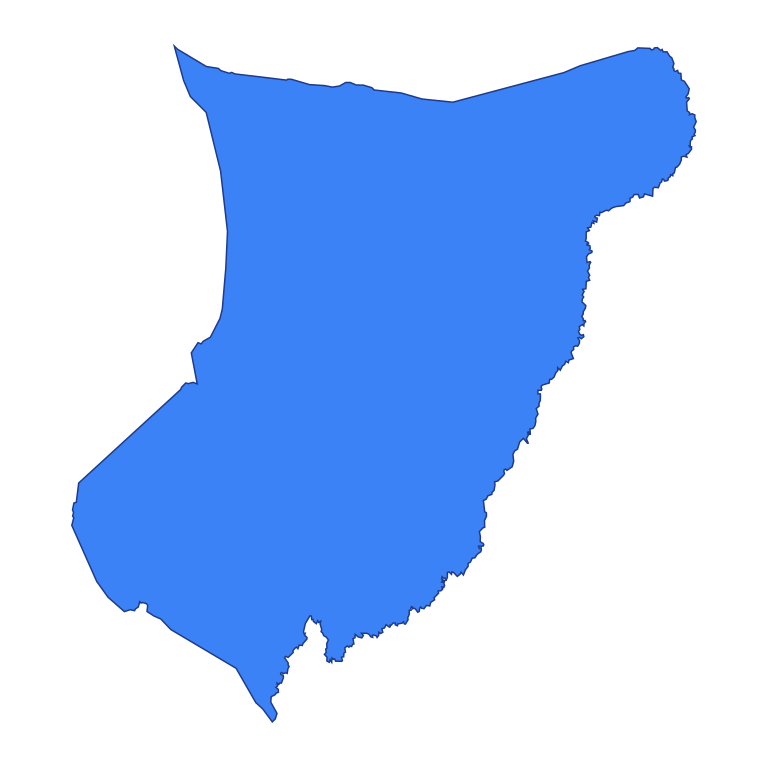 the district of Sam Sung, Khon Kaen, Thailand
{"feature_id": "78962969B89494926735962", "entity_name": "Sam Sung", "entity_type": "district", "adm_level": 2, "iso_a3": "THA", "parent_name": "Thailand", "parent_adm1": "Khon Kaen", "projection": "equal_earth", "projection_center": [103.084, 16.556], "detail": "fine", "context": "isolated", "style": "filled", "palette": "blue", "viewbox_px": 768, "rotation_deg": 0, "n_neighbors": 0, "source": "geoboundaries", "source_scale": "gbopen_adm2", "svg_char_len": 6066}
<svg xmlns="http://www.w3.org/2000/svg" viewBox="0 0 768 768"><path d="M477.2,554.3L480.8,551.7L481.4,549.8L481.1,547.7L479.4,548.5L478.5,546.2L483.1,546.1L483.8,544.9L483.2,543.5L480.2,541.7L480.4,536.8L479.4,531.6L483.0,527.8L484.7,527.3L484.5,520.6L486.5,516.2L486.4,512.9L484.7,511.7L483.4,500.5L486.1,499.3L488.0,495.7L491.8,494.4L492.0,492.5L494.1,490.3L495.0,484.8L494.6,481.8L497.9,481.0L503.8,475.0L504.5,473.4L503.8,471.1L504.4,469.5L505.8,469.1L506.9,470.4L512.2,466.8L513.7,461.2L512.9,454.6L514.5,451.1L517.5,449.1L519.7,441.9L523.4,438.4L527.4,443.2L528.2,443.1L526.4,438.7L528.2,435.3L527.7,432.2L528.7,431.9L529.6,434.4L530.3,434.3L530.0,429.0L533.0,428.4L534.9,425.7L535.8,421.7L535.7,418.0L538.0,414.1L536.2,408.6L539.1,406.1L539.0,403.2L540.3,400.5L540.5,394.8L540.2,393.8L537.9,393.8L537.9,390.3L541.3,390.3L541.8,389.2L541.1,386.5L542.5,385.0L549.2,383.0L549.7,379.3L551.6,379.3L554.0,377.2L555.8,372.8L557.8,370.6L557.7,367.7L560.3,370.2L562.4,365.9L564.6,364.4L565.8,361.3L568.3,362.7L569.0,360.0L573.4,358.6L571.1,352.6L571.6,351.1L573.7,349.5L573.5,347.0L575.6,345.8L577.6,346.2L579.3,343.5L579.6,340.8L577.9,337.9L579.5,337.4L581.2,338.8L583.8,336.7L583.4,334.7L581.5,335.3L579.6,334.0L578.5,331.2L579.8,329.6L579.3,326.6L582.4,324.6L583.8,325.9L584.1,323.1L585.6,321.7L585.1,320.5L583.3,320.7L583.2,318.6L581.8,316.5L583.2,314.1L583.3,311.7L585.4,308.2L585.8,305.5L582.0,301.9L582.3,299.1L583.7,297.0L582.2,295.1L584.1,291.5L582.6,289.3L585.9,288.8L586.3,281.3L589.7,280.3L588.4,277.3L589.7,275.3L587.5,271.0L589.4,268.2L589.2,265.0L590.7,262.3L590.0,261.6L587.0,262.5L586.5,256.8L588.4,254.0L591.8,252.5L592.1,251.1L589.3,249.8L590.2,248.3L589.9,245.8L586.9,245.0L587.0,244.1L588.6,243.7L588.4,242.6L585.4,241.0L586.2,238.4L586.2,231.9L589.4,230.6L587.6,227.8L590.9,227.1L591.8,222.7L593.9,223.4L593.2,220.8L596.6,222.1L597.4,218.2L595.0,217.5L594.8,216.4L596.6,215.2L599.4,215.6L600.0,212.2L601.4,212.6L606.3,210.2L608.6,210.8L611.7,208.1L615.8,206.6L623.7,205.6L625.9,203.0L630.0,201.6L630.0,198.3L632.8,197.0L634.1,194.5L638.2,194.5L639.5,198.0L643.4,196.9L644.5,193.9L652.6,196.2L653.0,188.5L654.3,187.3L658.4,187.7L660.0,183.1L661.6,181.9L662.3,179.0L663.7,179.4L664.4,181.1L666.9,180.7L668.1,180.0L668.2,178.0L670.2,176.7L670.6,174.6L672.8,175.7L672.9,173.7L674.3,172.9L675.5,167.4L677.0,167.1L679.6,164.2L681.3,160.1L681.3,157.0L683.8,156.2L686.9,157.1L686.1,154.6L688.2,153.5L691.5,149.3L691.5,146.8L689.7,147.0L689.2,145.8L690.2,145.6L690.2,141.9L691.2,139.7L692.4,139.0L692.0,136.9L695.0,135.6L694.1,134.1L695.3,132.2L695.4,130.0L693.6,127.4L696.2,121.6L694.7,117.4L694.9,115.0L692.1,113.7L689.5,114.7L689.6,112.6L687.2,110.8L686.6,102.2L689.3,98.8L688.7,97.6L686.4,98.0L685.9,96.8L688.2,93.8L689.2,88.7L684.4,81.3L681.3,79.9L680.9,73.4L678.4,73.1L677.6,70.4L675.3,71.5L673.8,70.4L674.0,68.9L672.8,67.5L673.9,63.5L671.8,57.8L669.6,56.1L667.0,51.8L663.2,51.9L662.1,49.4L660.7,50.5L657.4,47.6L654.4,47.9L653.5,49.4L651.4,49.9L650.1,48.4L637.8,47.9L634.8,50.4L628.1,51.6L580.3,65.7L563.9,72.6L452.8,102.2L422.0,99.0L401.3,93.0L374.2,90.0L371.9,87.7L363.2,85.1L356.2,85.0L350.3,82.5L345.7,82.5L339.5,86.0L332.3,87.1L324.7,85.6L309.5,84.6L291.5,79.3L287.8,79.2L286.6,80.1L234.8,73.9L231.7,72.4L229.2,73.3L220.8,70.6L218.3,68.4L206.3,66.5L177.6,49.3L174.3,46.1L183.6,80.4L190.4,96.6L206.2,112.4L220.6,171.2L227.5,231.5L225.8,268.1L222.3,309.0L220.0,318.4L210.4,337.2L203.2,341.3L201.2,343.9L198.0,342.7L191.3,352.9L197.2,383.9L193.1,382.4L188.4,383.6L185.7,383.0L181.6,387.2L180.6,389.6L78.7,483.0L76.3,502.3L73.9,503.0L72.5,510.2L73.6,512.2L72.6,516.3L73.8,517.5L71.8,525.4L96.7,581.4L108.1,597.3L124.4,611.6L130.2,609.7L134.6,610.7L135.4,608.9L138.3,607.0L139.7,601.7L141.1,603.1L142.7,602.5L146.5,603.7L147.7,605.2L147.0,611.5L153.8,615.9L160.8,619.0L170.9,629.6L236.1,668.3L255.8,702.6L262.8,709.0L272.3,721.9L275.3,718.9L277.0,713.4L270.8,702.2L271.2,696.7L275.3,694.6L276.3,692.9L278.4,692.4L278.3,689.4L275.9,687.4L277.5,686.0L277.1,683.2L278.7,684.5L279.9,683.0L281.4,683.1L283.5,677.4L283.2,675.6L280.9,674.5L280.6,673.2L281.7,672.5L283.2,673.7L285.7,672.8L287.2,673.4L287.9,668.8L289.1,666.5L288.1,665.1L288.2,663.0L284.5,657.6L285.6,656.4L288.1,657.4L293.2,652.5L292.9,650.7L294.6,648.6L296.4,647.1L297.9,648.7L299.2,645.1L302.3,645.5L303.0,643.5L306.9,639.1L307.0,637.5L304.6,635.1L305.2,633.3L304.0,633.6L303.5,631.7L305.4,623.4L310.0,615.8L311.4,616.1L311.7,619.6L313.1,619.5L313.4,621.4L316.3,623.7L317.7,620.7L318.7,622.5L320.7,621.2L320.1,623.9L321.7,629.4L321.1,631.7L322.5,632.8L323.7,635.6L326.4,637.2L328.4,640.0L326.8,643.3L326.9,648.1L325.7,649.1L326.2,652.4L324.4,654.4L327.0,657.2L326.9,661.0L329.3,662.3L330.1,659.7L331.7,662.3L332.0,658.0L333.4,659.3L334.6,658.9L335.6,661.2L341.8,661.3L342.4,660.6L341.5,657.1L343.7,656.8L343.9,653.2L345.5,652.1L344.8,647.9L347.3,645.9L348.9,647.2L350.3,646.0L351.6,646.5L352.5,644.4L353.9,644.0L353.0,638.6L355.0,637.8L355.2,634.4L358.1,636.9L361.8,637.9L363.4,635.5L361.5,633.3L366.8,633.3L368.9,634.2L370.8,636.8L372.7,637.4L372.4,635.3L373.2,634.9L376.2,635.8L377.1,637.5L378.7,635.3L378.8,632.2L380.5,633.5L382.8,632.3L381.9,628.7L384.5,628.0L386.1,624.7L389.3,627.1L390.2,626.8L390.2,625.1L391.4,625.1L393.0,623.0L395.3,623.1L395.2,624.8L397.5,625.7L397.7,624.0L402.2,623.1L403.4,621.9L404.3,623.9L405.4,624.1L408.1,619.7L407.7,618.0L409.3,614.2L409.2,610.4L411.2,610.1L410.9,607.9L411.5,606.7L412.5,607.1L412.8,608.8L414.1,608.2L415.5,609.1L417.7,612.2L419.2,611.5L419.7,608.2L420.6,607.0L421.5,608.2L424.0,608.7L426.5,605.4L429.8,606.0L430.7,602.4L434.6,599.8L434.1,597.7L438.6,593.2L438.2,591.0L441.1,590.7L442.6,589.2L442.0,587.0L443.7,587.6L444.6,585.6L443.9,583.2L444.7,580.9L443.4,580.5L443.1,582.3L441.6,582.0L443.0,579.9L441.7,579.0L442.1,576.8L443.3,578.1L445.0,578.0L445.4,580.2L446.2,580.3L447.4,577.2L447.4,572.4L449.1,572.0L451.5,574.3L451.9,571.9L453.4,572.3L457.3,576.4L460.2,574.1L461.1,572.2L463.4,575.0L465.4,569.9L468.1,566.4L468.1,563.4L470.4,562.1L472.2,558.2L474.9,557.8L477.2,554.3Z" fill="#3b82f6" stroke="#1e3a8a" stroke-width="1.5"/></svg>